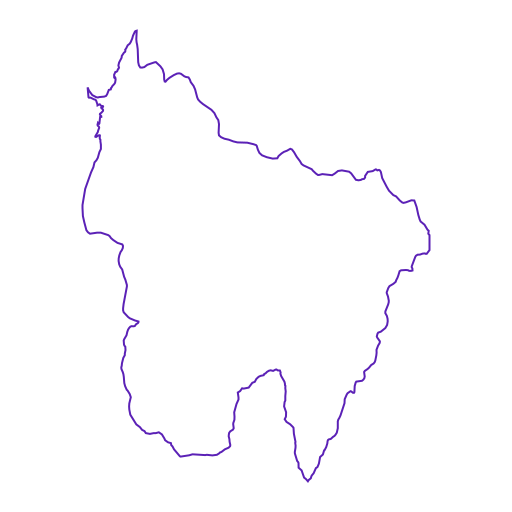 outline of Encino, Santander, Colombia
{"feature_id": "7082276B76520199809623", "entity_name": "Encino", "entity_type": "district", "adm_level": 2, "iso_a3": "COL", "parent_name": "Colombia", "parent_adm1": "Santander", "projection": "equal_earth", "projection_center": [-73.108, 6.085], "detail": "fine", "context": "isolated", "style": "outline", "palette": "violet", "viewbox_px": 512, "rotation_deg": 0, "n_neighbors": 0, "source": "geoboundaries", "source_scale": "gbopen_adm2", "svg_char_len": 5995}
<svg xmlns="http://www.w3.org/2000/svg" viewBox="0 0 512 512"><path d="M280.4,373.7L281.2,376.1L284.4,381.6L284.9,383.5L285.0,385.2L285.4,385.8L285.3,388.2L285.7,391.4L285.3,396.1L285.3,400.6L284.6,402.0L284.1,406.4L286.1,412.2L286.0,415.5L285.9,416.8L284.7,419.2L286.5,421.9L290.2,424.3L293.0,427.1L293.5,427.8L293.9,433.8L295.5,442.0L295.2,442.8L295.6,445.6L295.5,447.8L294.8,452.1L294.9,453.5L296.8,459.8L297.2,461.0L298.0,461.9L298.5,463.0L298.6,467.7L301.6,470.4L304.1,477.6L305.9,479.0L307.9,481.3L308.7,480.0L310.8,478.3L311.4,476.2L312.0,475.2L313.6,473.3L315.9,468.1L317.4,467.1L317.9,466.0L318.9,463.6L320.1,457.0L322.9,454.5L324.1,450.4L324.5,450.3L326.2,447.1L327.3,443.5L327.6,441.0L328.1,439.9L329.0,439.3L330.7,439.0L333.1,436.8L334.4,436.0L335.4,434.9L336.8,432.7L337.8,428.2L337.8,421.4L338.3,419.6L339.4,417.8L340.5,415.4L344.5,403.2L344.7,399.2L346.8,394.4L347.6,393.2L350.5,391.2L351.2,391.4L353.0,392.8L354.0,392.8L354.4,392.1L354.7,386.0L355.7,382.5L356.3,381.6L362.0,380.8L363.3,379.7L364.3,378.3L364.7,376.5L364.1,372.0L364.8,370.9L367.6,369.0L369.1,367.6L371.2,365.0L373.6,363.5L374.7,362.1L375.3,360.5L376.3,355.5L376.6,352.8L376.5,349.8L378.1,345.6L379.6,343.1L379.9,341.8L379.8,341.2L377.2,337.5L376.8,336.4L377.5,333.7L378.2,332.6L380.8,331.7L385.3,328.1L387.1,325.0L387.7,321.4L387.6,318.9L386.9,316.0L385.3,313.1L385.4,311.3L388.1,304.6L388.7,302.4L388.8,300.8L388.0,296.5L386.8,293.3L386.7,292.3L388.3,288.0L389.5,286.1L393.4,283.8L395.7,281.8L396.1,280.4L397.5,277.7L398.4,275.2L399.6,271.2L401.1,270.3L405.9,270.0L408.0,270.2L408.8,270.7L409.8,270.9L411.5,270.8L412.5,270.5L412.4,268.5L411.7,267.2L411.7,266.4L415.3,256.8L416.0,255.7L417.6,254.7L419.9,254.6L422.7,253.6L424.9,253.4L425.5,253.8L426.7,253.8L429.5,250.1L429.5,235.4L429.3,234.7L428.7,234.3L428.3,233.6L428.7,230.8L427.5,229.7L424.5,224.7L420.6,221.5L419.7,219.5L418.3,214.9L416.6,207.0L414.3,200.5L411.4,200.3L405.7,202.4L403.4,202.9L402.1,202.4L399.7,200.4L396.1,196.4L393.3,195.1L389.0,190.7L386.7,186.8L382.2,178.1L380.9,172.1L380.0,170.5L379.0,169.9L377.3,170.4L376.3,169.5L375.6,169.4L372.7,171.1L367.8,171.9L365.1,175.9L365.1,177.5L364.0,178.9L362.1,179.2L360.9,179.9L358.5,180.3L355.9,179.8L351.2,173.4L349.1,171.7L341.9,170.4L338.0,171.0L334.7,173.6L332.1,175.2L322.3,174.1L319.3,174.9L318.0,175.0L316.1,173.7L312.9,170.7L311.7,169.2L303.5,165.4L301.6,164.0L300.0,161.2L296.7,156.8L294.1,152.3L292.0,149.5L290.3,148.8L287.0,150.7L283.9,151.9L281.6,153.4L278.6,156.0L277.3,158.3L272.7,158.6L266.8,157.2L262.0,155.3L259.4,152.9L257.9,149.7L256.7,145.8L256.1,145.1L253.5,144.2L247.3,142.7L237.4,142.4L233.3,141.4L228.8,139.7L224.4,138.7L221.1,137.2L219.0,135.4L218.6,132.8L219.0,124.2L218.3,120.1L216.4,117.3L214.4,113.1L211.4,109.8L203.0,104.1L200.1,101.7L198.1,99.5L197.2,97.4L195.1,89.4L193.5,85.8L190.8,82.2L189.8,79.5L188.5,77.4L186.0,77.0L184.3,76.3L181.0,73.8L179.1,73.3L177.0,73.6L173.8,75.1L169.5,77.8L167.1,79.8L165.5,81.7L164.7,81.5L164.2,79.5L164.0,74.1L162.6,69.4L160.4,66.3L155.9,62.1L154.3,62.4L147.3,64.8L144.3,67.1L142.0,67.6L140.3,67.5L138.9,65.3L138.2,62.2L137.7,49.1L137.1,44.6L136.6,42.4L136.3,39.3L136.7,30.7L135.4,31.1L134.8,31.8L133.0,35.7L132.2,38.6L130.8,41.9L129.7,43.7L127.7,45.3L126.1,48.5L125.2,49.7L125.4,50.9L125.1,51.8L124.0,52.6L121.8,55.9L121.6,57.7L119.1,62.5L118.4,65.4L119.0,67.7L118.4,68.9L117.9,69.2L117.3,71.0L116.5,71.8L115.4,71.9L114.1,74.8L114.2,77.6L114.5,77.9L114.9,77.1L115.4,77.9L115.6,79.6L115.1,82.7L114.3,84.0L112.3,86.1L111.6,87.5L111.1,87.9L110.8,89.4L108.8,89.9L107.2,94.1L106.1,95.9L104.3,96.6L99.1,97.1L97.9,97.5L96.1,97.1L92.3,95.1L89.0,90.7L87.6,87.4L88.5,97.2L89.0,97.7L90.5,97.6L93.9,99.3L95.3,99.7L96.1,100.5L97.3,104.0L97.5,105.4L99.4,104.3L99.8,104.3L101.0,105.8L102.9,106.1L103.1,106.6L102.7,107.2L101.3,107.9L101.6,108.4L102.8,109.3L103.1,110.0L103.0,110.9L101.5,112.6L100.0,113.8L99.9,114.7L101.3,116.2L101.3,116.9L100.1,117.0L99.4,123.4L99.1,123.8L98.0,122.7L97.5,124.7L97.7,125.6L98.9,126.7L99.2,127.8L98.1,130.7L97.8,132.1L95.4,136.1L95.3,136.7L96.0,137.0L98.6,135.4L99.4,135.2L99.9,135.4L99.7,138.0L99.9,139.0L100.4,139.7L100.4,141.4L100.9,144.7L100.9,149.0L99.4,152.1L97.8,157.8L96.4,160.3L94.5,162.4L93.4,167.1L91.0,172.5L85.2,188.9L82.5,205.0L82.5,208.1L82.9,216.0L84.3,222.3L86.4,230.2L88.0,232.3L90.0,233.7L96.9,232.7L100.9,232.7L108.2,235.1L109.6,236.1L111.0,238.1L113.2,240.0L117.5,242.9L122.3,244.4L123.0,245.9L122.8,248.0L121.9,250.1L120.5,252.1L119.3,255.4L118.7,258.4L118.6,260.9L119.2,264.3L120.2,266.7L122.2,269.5L124.1,276.7L125.4,279.8L126.9,285.0L126.9,286.5L123.6,304.0L123.1,308.3L123.1,310.4L123.7,312.3L128.1,317.0L129.8,318.3L135.0,320.5L138.5,321.5L138.5,322.1L137.9,323.1L136.1,324.2L134.8,326.0L133.7,326.3L131.4,326.2L130.3,326.7L129.1,328.0L128.1,329.6L127.3,331.8L126.5,335.3L124.2,339.2L123.7,340.5L124.0,344.5L124.4,345.6L125.3,346.7L125.5,350.1L124.8,353.6L124.8,355.2L123.3,357.9L122.0,363.1L121.7,365.9L121.3,367.2L121.4,368.9L122.8,372.2L123.4,374.2L123.8,376.9L124.3,383.1L125.1,386.1L126.7,389.7L127.6,390.6L129.7,394.0L130.8,397.2L129.3,403.4L129.1,406.5L129.3,409.5L130.3,414.7L136.3,424.4L139.9,427.1L142.1,429.9L144.5,431.1L145.8,433.1L149.9,433.9L153.8,433.1L155.9,433.1L158.8,432.3L161.9,434.4L164.4,438.5L165.1,440.2L168.0,442.3L170.9,443.1L171.3,445.2L172.5,446.4L174.0,449.3L179.9,456.3L180.6,456.6L189.1,455.3L192.5,454.3L205.2,455.1L206.8,454.8L212.4,455.4L216.9,454.8L219.4,453.2L219.9,452.5L221.4,452.0L224.9,449.3L228.6,447.7L230.1,446.2L230.3,445.0L229.6,441.8L229.4,439.2L228.7,436.3L228.8,434.9L229.1,433.0L230.2,431.4L233.0,429.6L233.7,428.2L233.2,424.2L233.3,423.0L234.4,419.8L234.5,416.7L234.2,412.3L236.5,404.0L238.5,399.5L238.5,397.5L237.8,392.5L240.1,391.1L242.1,388.3L243.7,388.6L248.7,387.6L252.3,382.8L254.8,381.8L256.3,379.0L258.6,376.8L260.5,375.9L263.7,375.2L264.3,373.9L265.4,373.5L267.1,371.8L269.0,370.7L270.6,370.3L273.1,370.9L275.6,369.6L276.5,369.5L277.7,370.4L279.9,370.5L280.6,372.5L280.4,373.7Z" fill="none" stroke="#5b21b6" stroke-width="2"/></svg>